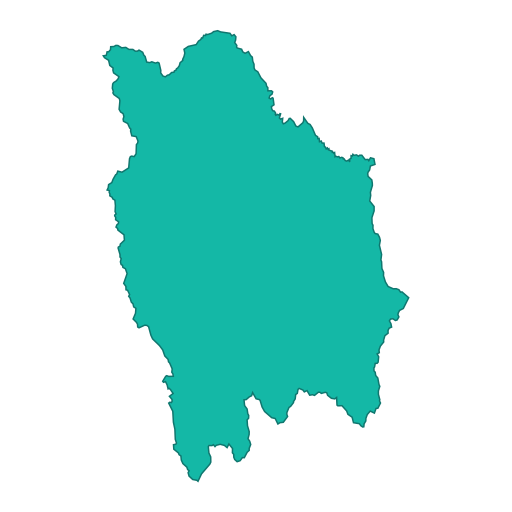 Paucartambo, Cusco, Peru
{"feature_id": "86281439B72784044291382", "entity_name": "Paucartambo", "entity_type": "district", "adm_level": 2, "iso_a3": "PER", "parent_name": "Peru", "parent_adm1": "Cusco", "projection": "equal_earth", "projection_center": [-71.544, -13.17], "detail": "fine", "context": "isolated", "style": "filled", "palette": "teal", "viewbox_px": 512, "rotation_deg": 0, "n_neighbors": 0, "source": "geoboundaries", "source_scale": "gbopen_adm2", "svg_char_len": 6025}
<svg xmlns="http://www.w3.org/2000/svg" viewBox="0 0 512 512"><path d="M175.3,439.4L176.5,443.1L175.8,444.2L173.5,444.7L173.8,449.2L178.4,452.9L179.1,454.7L180.9,455.9L181.3,460.0L182.9,463.6L186.9,467.2L187.6,469.5L189.1,470.8L188.1,472.7L189.1,476.2L192.7,479.5L196.9,480.3L198.0,481.3L201.5,473.9L209.8,464.2L210.8,462.1L210.7,456.9L208.9,453.0L208.3,446.6L209.0,445.5L212.0,445.6L213.4,444.7L215.0,446.6L216.2,445.3L220.2,444.3L224.4,445.4L227.1,447.6L228.9,444.0L232.5,448.5L232.4,452.8L233.7,454.3L233.8,457.2L234.7,459.5L237.1,461.7L240.1,460.7L242.4,457.6L244.3,457.7L247.2,452.2L249.2,450.4L249.2,448.4L250.7,444.5L249.7,441.2L248.0,438.7L249.1,434.5L249.2,431.6L247.5,425.8L247.1,419.9L248.6,418.2L248.7,415.4L247.8,413.8L247.1,409.0L244.6,405.6L244.0,399.8L246.2,399.6L249.4,396.8L251.6,395.8L252.6,392.6L256.1,398.8L259.4,399.6L260.1,400.4L262.1,407.0L264.6,411.5L271.7,417.7L275.2,418.5L277.9,424.0L279.9,422.7L283.3,422.3L287.6,416.5L286.8,414.2L286.9,412.5L289.0,407.4L290.6,406.4L293.5,402.6L293.5,401.6L295.2,398.9L295.7,394.5L297.3,393.4L298.0,389.4L299.1,388.4L302.9,390.0L304.3,391.9L307.0,390.6L309.7,395.2L312.5,394.7L314.5,395.4L318.4,392.2L320.0,392.3L321.3,393.4L325.3,392.3L326.8,392.8L327.6,395.3L331.4,398.3L334.8,398.9L336.6,397.5L337.0,405.1L337.8,405.8L342.0,405.7L346.7,411.0L347.9,414.3L352.1,417.2L353.5,422.7L359.4,423.7L360.8,425.7L362.7,427.0L363.8,426.8L364.1,423.8L365.8,421.0L365.9,418.3L367.3,414.5L370.2,411.1L374.4,413.1L376.0,408.5L377.9,408.2L380.5,403.0L379.5,400.9L379.8,399.7L378.4,394.3L378.4,390.9L379.8,386.3L379.0,384.6L377.8,378.0L375.7,375.5L375.2,372.2L374.0,370.9L373.9,367.9L374.6,366.9L375.2,363.4L377.1,363.3L378.1,362.2L378.7,356.8L377.1,353.9L379.3,352.7L379.0,349.9L380.4,346.1L383.7,342.0L383.6,340.1L384.9,335.7L388.1,333.2L388.0,330.6L389.1,328.2L391.6,327.1L390.9,323.6L389.4,320.9L390.5,319.1L393.0,318.8L395.4,320.5L397.1,320.0L398.9,316.9L397.9,314.7L398.3,312.8L399.6,310.4L403.3,308.5L408.7,297.7L402.0,291.9L400.6,292.2L398.9,289.7L396.2,288.7L393.3,288.8L388.1,286.5L385.4,281.9L383.5,275.8L383.6,272.4L381.9,268.5L381.6,261.8L380.9,260.0L381.6,254.5L379.4,245.3L380.3,240.4L379.5,237.3L377.8,234.1L375.2,233.6L374.2,232.3L372.9,228.5L373.0,225.2L372.1,223.6L371.9,217.7L374.1,210.9L374.1,206.5L369.7,201.0L370.7,195.5L370.4,192.3L372.4,185.4L372.3,183.1L371.8,179.9L368.1,176.4L367.7,173.8L368.0,172.3L369.6,170.0L370.4,166.0L375.0,164.4L373.9,158.7L370.5,157.8L368.8,160.7L367.9,159.4L365.2,159.6L361.8,155.2L359.7,155.2L358.4,156.2L356.6,154.9L353.8,155.3L352.9,154.3L352.1,156.1L351.1,155.7L351.0,158.4L349.5,159.2L349.8,161.1L349.4,161.4L348.5,160.1L346.6,161.1L345.2,160.5L344.2,158.9L343.3,158.9L343.1,157.9L341.8,157.3L339.9,157.9L338.8,156.5L337.4,156.9L335.6,156.1L335.1,156.6L334.6,152.6L333.8,153.2L333.5,152.4L332.3,152.4L332.3,151.2L329.0,150.1L328.9,148.8L328.1,149.3L327.4,147.9L326.2,148.9L325.5,147.1L324.5,146.7L324.0,143.1L322.1,143.1L321.2,141.0L319.5,141.7L319.1,138.4L317.8,138.6L317.6,136.7L315.5,135.4L312.3,127.9L310.1,124.5L307.8,123.3L303.7,117.4L303.6,121.0L302.8,122.8L298.0,126.9L295.9,126.1L293.6,121.6L290.2,118.3L289.2,118.5L288.1,120.6L285.1,123.1L283.3,123.8L282.3,122.1L282.7,118.3L280.5,119.1L279.4,118.0L280.6,113.8L280.0,113.6L279.2,115.2L277.5,114.4L275.8,115.3L275.3,114.4L275.7,113.3L274.4,111.1L272.9,110.8L271.8,109.2L271.4,106.6L274.0,104.8L273.1,98.2L272.3,97.7L270.6,99.0L269.1,98.0L269.9,95.7L272.0,94.2L272.7,91.9L271.5,90.8L267.9,90.8L267.8,87.5L266.7,86.4L266.0,83.3L260.9,77.8L257.8,71.8L255.0,70.0L254.1,68.0L254.0,64.2L252.8,61.3L252.3,57.1L250.6,55.6L248.4,51.6L245.1,53.3L242.8,51.9L241.6,49.2L237.2,48.0L236.6,47.2L236.8,45.4L234.7,42.5L235.6,40.1L235.9,36.8L234.1,34.6L231.8,35.8L230.0,33.3L220.6,31.9L217.7,30.7L213.6,31.6L211.6,33.2L207.8,34.5L206.0,34.2L205.6,35.5L203.7,35.3L202.6,38.0L201.5,37.9L200.8,39.5L198.5,41.1L196.2,44.6L188.3,46.4L184.0,49.3L184.8,53.1L184.0,56.5L182.7,59.3L182.8,60.4L180.1,62.7L179.3,65.7L177.6,68.1L176.5,68.7L176.0,70.1L174.4,70.9L174.0,72.2L171.6,72.5L169.2,74.8L167.4,75.2L165.4,76.8L163.0,76.1L160.7,72.9L160.8,70.4L159.1,63.1L157.8,62.3L155.5,63.1L151.8,61.8L149.8,62.6L146.7,62.1L145.1,56.4L143.9,55.3L142.7,52.3L139.0,50.1L137.5,51.1L135.4,51.2L132.8,49.4L128.9,49.4L125.8,47.4L121.7,47.8L117.9,45.5L115.8,45.4L114.0,46.5L110.7,46.7L110.5,49.7L108.6,51.8L107.1,51.8L106.3,55.3L103.3,55.8L104.5,57.7L108.6,60.3L109.8,65.5L113.1,68.0L112.9,70.2L113.6,72.9L118.9,76.6L118.2,78.6L116.3,80.9L113.6,82.6L112.7,84.0L112.3,88.2L113.4,91.6L112.9,92.9L113.9,94.6L119.3,98.5L119.9,100.8L119.1,109.3L120.6,112.0L123.1,113.6L123.9,116.6L123.1,119.1L123.5,121.3L127.7,123.5L129.7,128.0L130.8,129.1L130.6,131.2L131.8,135.8L136.2,136.6L138.0,141.1L137.6,143.1L136.4,144.6L136.1,153.7L134.2,156.6L131.7,156.1L130.4,156.6L129.5,158.7L128.7,167.9L122.0,172.2L117.8,171.1L116.7,174.1L115.6,174.8L113.1,179.2L111.8,182.6L108.6,184.6L108.2,187.7L107.1,190.0L109.4,190.6L109.2,192.4L109.9,194.0L109.8,195.8L112.3,197.4L112.7,198.8L114.9,200.2L115.4,205.6L115.1,211.6L116.1,213.9L114.7,215.1L114.7,215.9L115.7,217.4L115.6,219.7L118.6,221.8L118.3,223.6L116.9,224.8L116.0,227.1L117.6,228.5L117.9,230.1L124.0,234.8L124.4,240.2L120.3,244.1L120.0,246.1L118.3,247.1L118.1,248.0L120.0,254.6L120.0,257.0L121.2,258.6L120.4,261.8L121.1,264.5L122.5,265.4L122.9,267.4L125.4,268.7L127.1,273.6L123.7,283.4L125.9,286.4L126.0,289.8L127.6,290.3L129.6,294.5L128.7,296.3L130.1,298.1L131.3,302.1L133.0,303.8L133.7,306.9L135.9,308.3L135.5,313.3L133.1,319.0L136.5,322.4L137.5,324.2L137.7,327.0L139.0,327.8L144.7,325.2L146.9,325.4L148.6,326.7L150.9,335.2L152.6,338.9L159.5,345.6L162.7,349.9L164.8,356.0L168.1,359.4L168.5,361.8L169.6,362.9L172.2,368.9L171.8,372.2L172.9,373.9L173.3,376.3L168.7,376.4L166.7,375.7L165.7,376.3L162.7,381.3L163.5,382.3L165.5,381.6L167.1,384.8L168.1,388.9L169.0,388.3L170.5,389.6L173.1,393.5L169.4,396.3L172.0,399.4L172.1,401.4L171.3,402.6L169.9,402.2L168.7,403.1L172.8,411.3L173.4,422.2L174.9,429.3L175.3,439.4Z" fill="#14b8a6" stroke="#0f766e" stroke-width="1.5"/></svg>